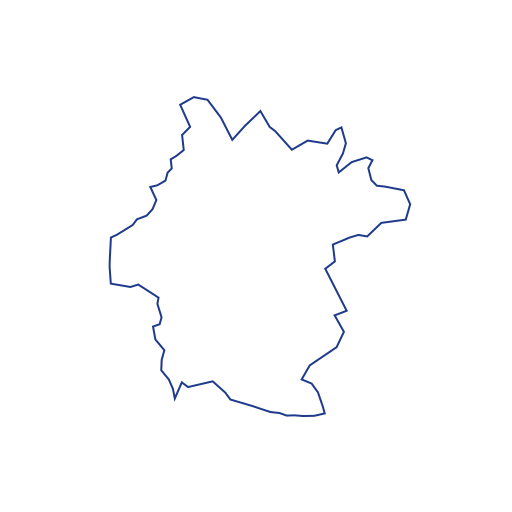 Santo Expedito do Sul, Rio Grande do Sul, Brazil (Mercator projection), rotated 139°
{"feature_id": "56859067B67649828146621", "entity_name": "Santo Expedito do Sul", "entity_type": "district", "adm_level": 2, "iso_a3": "BRA", "parent_name": "Brazil", "parent_adm1": "Rio Grande do Sul", "projection": "mercator", "projection_center": [-51.663, -27.922], "detail": "fine", "context": "isolated", "style": "outline", "palette": "blue", "viewbox_px": 512, "rotation_deg": 139, "n_neighbors": 0, "source": "geoboundaries", "source_scale": "gbopen_adm2", "svg_char_len": 1279}
<svg xmlns="http://www.w3.org/2000/svg" viewBox="0 0 512 512"><g transform="rotate(139 256 256)"><path d="M119.1,185.2L105.7,193.9L101.2,208.5L113.0,223.6L118.7,229.8L119.1,237.7L113.6,248.6L105.3,251.9L107.9,257.9L122.2,264.1L138.7,264.8L135.6,271.5L123.2,276.3L114.2,282.1L107.2,297.0L113.3,298.7L128.5,294.0L141.3,309.2L159.2,312.7L159.6,337.6L161.0,344.5L157.6,362.5L178.7,361.5L197.7,359.2L191.7,383.4L190.1,405.7L198.7,416.7L214.0,419.9L221.0,396.7L232.4,395.8L241.0,383.4L250.5,383.8L257.0,384.9L262.1,377.4L268.0,376.9L274.9,372.3L284.1,374.1L290.5,377.4L294.5,363.6L303.4,359.2L312.1,358.2L321.7,361.8L328.7,360.3L347.1,363.3L353.4,365.1L369.1,348.8L373.5,344.0L383.7,330.4L371.1,315.0L363.6,311.7L356.9,288.5L361.8,284.6L367.5,271.7L373.5,267.7L380.0,270.3L386.7,259.0L387.0,245.0L395.3,239.5L402.5,231.9L402.8,220.0L405.8,210.3L410.8,201.7L394.9,209.3L393.3,201.7L370.9,189.8L368.8,172.9L369.5,164.5L356.7,144.4L353.4,138.7L347.5,128.8L341.2,122.0L337.6,115.5L331.6,110.6L325.5,104.4L316.8,97.1L307.4,92.1L304.2,98.9L298.7,112.4L297.7,123.2L302.5,132.9L287.2,138.2L255.0,134.3L239.4,141.1L235.6,159.6L223.5,155.2L212.1,200.9L200.0,200.2L190.5,214.2L173.2,208.5L164.9,204.7L159.2,197.8L139.7,198.8L119.1,185.2Z" fill="none" stroke="#1e3a8a" stroke-width="2"/></g></svg>